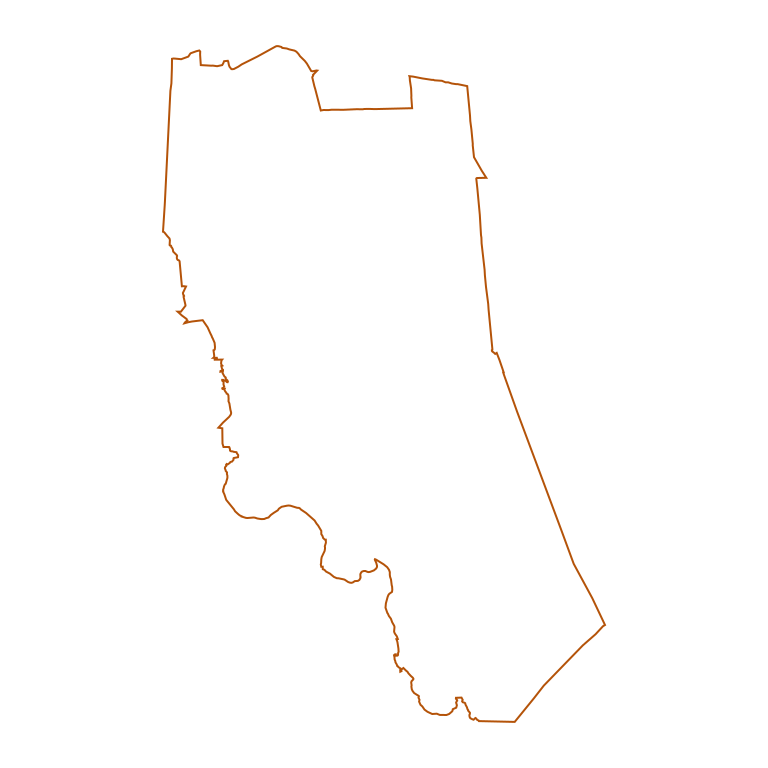 Ceamurlia De Jos, Tulcea, Romania (Mercator projection)
{"feature_id": "2599482B14465216932535", "entity_name": "Ceamurlia De Jos", "entity_type": "district", "adm_level": 2, "iso_a3": "ROU", "parent_name": "Romania", "parent_adm1": "Tulcea", "projection": "mercator", "projection_center": [28.752, 44.725], "detail": "fine", "context": "isolated", "style": "outline", "palette": "amber", "viewbox_px": 768, "rotation_deg": 0, "n_neighbors": 0, "source": "geoboundaries", "source_scale": "gbopen_adm2", "svg_char_len": 6041}
<svg xmlns="http://www.w3.org/2000/svg" viewBox="0 0 768 768"><path d="M172.0,58.8L171.9,68.3L171.4,83.4L170.4,90.8L164.9,202.0L164.7,205.6L163.0,231.7L163.7,231.9L164.6,232.7L167.3,236.1L169.5,238.5L169.9,240.2L169.6,245.0L169.8,245.4L170.8,245.6L171.1,245.9L171.4,247.2L172.0,247.7L172.8,249.3L173.2,251.6L176.9,255.3L177.1,256.0L176.9,256.5L176.8,258.0L177.2,259.3L177.7,259.9L179.1,260.5L179.6,261.3L181.9,286.3L183.9,286.2L186.0,286.5L182.9,293.0L183.3,294.9L183.7,295.1L184.1,296.0L183.6,296.6L183.6,297.0L185.4,304.7L185.5,305.7L180.9,311.7L177.7,311.7L181.9,315.5L186.6,319.0L186.9,320.1L187.3,320.4L184.8,322.6L184.4,323.3L188.3,322.2L192.0,321.5L202.7,320.2L207.6,327.3L210.4,333.5L211.6,335.9L212.2,337.6L212.6,338.1L214.6,342.8L215.0,347.0L214.8,349.2L214.7,349.5L214.3,350.0L213.5,350.3L214.2,355.5L214.1,357.2L213.4,357.8L216.8,357.8L217.0,358.8L214.6,358.9L214.7,359.7L222.1,359.6L221.6,360.2L221.2,361.9L221.1,363.6L221.6,365.0L222.3,365.7L221.3,366.1L222.2,369.2L223.0,369.8L223.0,370.5L222.1,370.5L220.5,371.0L220.4,371.7L221.7,371.5L222.7,371.9L222.6,373.1L224.4,376.4L225.7,377.5L225.6,378.7L227.4,380.4L227.9,381.6L227.6,382.2L226.9,382.1L225.5,380.7L224.2,380.5L223.3,379.9L222.2,379.9L222.2,380.4L222.6,380.8L222.6,381.1L223.6,381.5L223.5,384.5L224.2,386.5L223.4,387.7L222.3,388.2L222.3,388.7L222.7,389.0L224.7,388.8L224.4,389.6L224.6,390.3L225.5,391.8L226.3,392.6L226.6,393.6L227.8,394.2L228.4,395.4L228.6,398.8L228.5,401.3L229.4,403.5L230.4,409.7L231.1,412.4L231.1,413.4L230.8,414.5L229.2,416.8L223.0,422.6L218.4,427.7L222.3,428.3L222.5,443.6L223.5,447.0L229.1,447.0L229.5,447.5L229.6,448.5L230.0,449.1L230.0,450.4L230.3,450.9L231.2,451.3L232.7,451.4L233.6,451.8L236.5,452.2L237.0,453.5L238.1,454.9L238.2,455.5L238.0,457.2L233.8,458.0L233.5,458.3L233.5,459.8L232.0,461.6L230.4,462.0L229.7,463.0L227.5,464.5L226.7,464.0L226.1,464.7L226.2,466.0L225.3,466.9L225.0,467.5L224.9,468.5L225.6,470.1L225.7,470.9L227.0,472.4L226.9,474.0L227.4,475.7L227.4,477.9L225.7,483.8L224.9,484.4L224.0,486.5L223.7,488.1L223.1,489.8L223.1,491.2L223.3,491.2L223.4,492.2L224.4,494.4L226.2,499.8L227.3,501.2L233.9,509.3L235.1,511.3L237.7,513.7L239.6,515.3L241.9,516.4L241.8,516.6L246.0,517.9L247.6,518.0L253.6,517.5L255.0,517.7L257.4,518.5L261.3,519.1L264.2,519.0L266.3,518.1L268.5,517.5L270.8,515.0L273.7,512.9L277.8,510.3L278.9,508.7L281.6,506.8L286.9,505.7L288.6,505.5L290.4,505.7L297.2,507.8L299.0,507.9L299.9,508.4L300.9,509.5L306.1,513.0L314.6,520.5L316.6,523.7L318.1,525.5L321.3,530.9L321.3,534.1L322.5,536.0L323.2,538.1L324.9,539.7L325.8,539.7L325.9,542.8L324.8,546.3L325.0,547.3L325.0,548.8L324.6,551.0L321.7,557.1L321.3,559.3L321.1,563.1L320.8,564.5L321.3,566.8L322.7,566.7L322.8,569.2L324.4,569.8L326.1,571.6L329.9,573.6L333.9,576.9L336.8,578.2L338.6,578.3L343.8,579.4L344.7,579.7L348.1,582.0L350.1,582.7L351.5,582.8L352.7,582.5L354.8,581.1L357.9,580.9L359.4,579.9L360.2,578.5L360.4,578.0L360.4,576.7L360.5,576.7L360.3,574.8L360.5,573.7L361.3,572.3L362.2,571.5L363.8,571.0L365.4,571.0L367.5,571.9L368.6,572.1L370.0,571.9L373.9,570.4L376.2,568.5L377.0,566.9L377.0,565.6L376.2,562.7L374.8,559.7L375.0,559.2L376.2,559.7L383.6,564.3L387.2,567.2L389.0,569.8L389.8,572.1L389.8,574.9L390.1,576.9L391.0,579.5L391.7,585.2L392.1,586.6L392.3,589.8L392.0,591.9L389.3,593.8L388.4,595.0L387.6,597.0L385.9,603.3L385.5,607.7L387.4,613.1L387.8,613.5L388.9,616.0L390.9,618.7L392.2,622.3L394.2,625.8L394.5,627.0L394.1,631.5L394.3,632.3L394.9,633.6L396.8,636.3L397.8,639.0L396.4,639.2L397.1,640.9L397.5,642.5L398.4,648.4L398.6,651.7L398.1,653.0L398.0,655.0L397.5,655.6L396.0,655.7L395.8,654.3L394.9,654.4L394.0,655.2L394.5,657.3L394.6,659.4L395.3,661.1L395.5,662.4L396.7,664.4L397.3,666.1L397.9,666.3L398.4,667.1L400.4,668.4L400.2,670.3L400.3,671.7L401.5,671.1L401.2,669.7L403.4,668.0L405.9,670.5L407.5,671.8L408.4,673.3L410.7,675.8L412.8,677.7L413.4,678.7L413.3,679.4L411.5,681.3L411.2,682.5L411.6,685.3L411.4,686.6L411.8,689.3L412.6,691.0L414.2,693.1L418.8,696.0L418.9,696.6L418.5,697.7L419.5,699.8L419.1,701.6L419.7,703.0L420.5,704.8L422.3,706.4L424.5,709.6L427.5,711.8L432.2,714.0L436.8,713.7L439.7,714.9L446.4,715.0L449.1,714.0L451.8,711.7L452.5,710.8L452.8,709.2L456.2,707.7L456.9,705.2L456.1,702.7L456.7,701.2L457.2,700.7L457.1,700.1L455.9,698.7L456.0,697.8L461.5,697.6L462.7,699.9L462.1,701.2L462.7,702.2L464.7,702.8L465.2,703.2L465.5,704.6L467.0,707.4L467.4,709.0L468.1,710.0L468.1,710.6L469.9,712.7L469.9,713.9L469.5,714.6L469.4,715.4L469.6,716.9L470.3,718.2L472.4,719.3L473.6,719.7L475.4,718.0L476.1,718.4L477.2,719.9L478.6,720.5L478.9,721.1L514.7,721.9L533.9,698.3L543.8,685.6L582.9,645.3L595.6,634.2L603.0,626.2L605.0,625.0L592.3,598.2L573.7,563.8L561.3,530.1L517.1,411.7L504.1,375.2L503.2,372.5L503.7,372.4L499.5,360.1L496.7,352.9L495.2,353.9L494.3,353.0L492.2,351.4L491.9,350.8L491.9,350.1L492.3,349.9L492.4,349.4L488.6,309.8L488.2,303.9L486.0,286.9L484.9,275.3L484.6,269.8L481.6,243.4L481.4,237.6L481.0,235.1L479.8,214.8L477.3,188.0L476.3,178.9L476.3,178.5L476.7,178.1L477.4,178.0L486.3,177.8L481.8,170.8L474.0,157.2L472.7,145.0L472.8,144.1L471.4,129.4L470.3,121.1L470.0,115.5L467.2,86.1L457.5,84.1L455.8,84.1L451.8,83.5L448.1,82.3L445.5,82.3L441.9,80.8L434.5,80.3L433.5,79.9L432.1,79.9L422.2,78.4L413.1,76.6L409.4,76.2L409.7,77.1L409.9,80.5L411.1,88.4L411.4,96.0L411.3,97.2L412.1,108.2L374.7,109.1L368.7,108.9L364.1,109.0L362.8,109.3L356.7,109.2L343.4,109.8L332.0,109.7L328.2,110.1L323.6,110.0L320.8,110.5L315.2,88.9L314.4,86.3L312.3,77.5L312.4,76.9L313.2,75.6L313.0,74.9L317.2,70.6L316.5,70.5L312.6,71.3L311.2,71.0L306.9,63.6L304.8,60.9L300.0,56.2L298.6,54.1L296.9,52.2L296.1,51.5L294.5,50.6L289.3,49.4L286.8,48.5L282.2,47.9L281.5,47.0L278.6,46.2L276.9,46.1L275.8,46.4L257.5,56.5L241.7,64.4L238.3,66.7L233.9,69.0L232.2,69.2L231.4,69.1L229.5,66.7L228.9,65.0L228.2,61.6L227.8,60.8L224.1,61.2L223.2,63.4L222.2,65.1L217.1,66.2L212.8,65.6L211.5,65.7L200.8,65.1L200.1,54.7L200.2,51.5L199.3,50.5L196.4,51.2L190.8,53.2L190.3,53.6L188.3,56.6L181.2,59.2L175.0,58.6L173.4,58.5L172.0,58.8Z" fill="none" stroke="#b45309" stroke-width="2"/></svg>